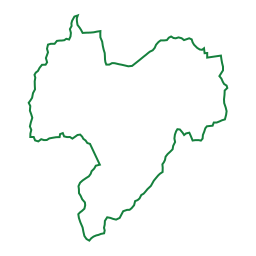 Massaranduba, Santa Catarina, Brazil (Robinson projection)
{"feature_id": "56859067B40963919376977", "entity_name": "Massaranduba", "entity_type": "district", "adm_level": 2, "iso_a3": "BRA", "parent_name": "Brazil", "parent_adm1": "Santa Catarina", "projection": "robinson", "projection_center": [-48.993, -26.644], "detail": "fine", "context": "isolated", "style": "outline", "palette": "green", "viewbox_px": 256, "rotation_deg": 0, "n_neighbors": 0, "source": "geoboundaries", "source_scale": "gbopen_adm2", "svg_char_len": 2892}
<svg xmlns="http://www.w3.org/2000/svg" viewBox="0 0 256 256"><path d="M89.3,240.6L91.2,238.3L93.5,236.6L96.3,235.4L98.5,234.9L101.0,233.9L104.1,233.3L104.7,230.4L104.0,227.8L104.7,224.7L104.9,220.9L107.2,217.3L110.4,217.9L113.1,218.9L116.1,219.6L119.7,217.9L121.4,214.6L123.2,211.2L127.0,209.9L129.6,209.8L131.6,208.2L134.1,205.2L135.1,201.1L137.6,200.1L139.5,198.5L141.3,195.0L143.6,193.7L145.2,191.9L147.5,189.1L150.9,185.9L153.8,180.7L156.1,177.9L158.2,175.4L160.0,173.7L162.6,172.0L162.7,167.6L162.4,164.3L163.9,162.2L165.0,159.9L165.6,156.7L167.6,154.1L170.1,151.8L172.6,149.3L173.2,145.8L175.1,142.0L174.4,138.5L174.9,134.7L176.1,131.3L177.4,129.2L179.9,129.5L182.6,132.7L184.1,135.0L186.1,133.4L189.3,132.7L191.0,136.5L192.6,140.5L195.5,140.1L198.6,140.1L200.9,140.6L202.6,138.6L202.9,135.0L204.3,131.5L205.3,128.3L206.9,126.3L209.6,126.0L212.6,125.7L213.8,122.5L216.8,122.5L219.8,121.3L221.9,120.3L224.9,119.4L226.1,114.8L226.6,111.2L225.7,107.5L224.2,103.1L224.0,99.4L224.5,94.9L224.7,90.5L227.3,88.0L226.6,85.6L224.1,84.0L222.8,81.8L221.4,78.6L219.4,76.1L221.5,72.7L223.0,70.4L223.0,66.7L222.1,63.1L221.4,59.2L220.9,55.6L207.2,57.6L207.2,53.0L204.6,53.2L204.0,48.3L202.1,49.8L199.8,49.5L197.2,47.9L194.0,44.7L192.6,42.3L191.7,39.4L189.2,38.3L186.6,39.2L184.0,40.1L181.6,38.2L178.5,37.4L175.7,38.3L173.5,38.0L171.1,36.5L168.8,37.7L166.9,40.1L164.2,40.4L160.7,40.4L158.5,42.0L156.1,44.7L154.7,47.9L152.7,50.3L149.8,51.7L147.9,53.2L146.0,54.8L143.7,56.6L141.5,58.4L139.3,60.2L136.4,62.5L132.1,65.9L128.3,66.3L124.6,65.4L121.5,64.7L119.3,64.3L117.2,63.8L114.7,63.2L112.1,63.1L109.3,64.6L106.3,64.6L105.4,62.1L105.0,59.4L104.9,56.2L104.7,53.0L103.7,49.8L102.8,45.9L102.2,41.7L100.4,37.4L100.3,33.9L100.4,31.1L97.0,31.6L93.7,32.3L90.2,32.6L86.4,32.7L82.6,32.9L81.1,30.0L79.7,27.8L77.5,24.9L76.9,21.1L76.8,18.3L77.8,15.4L74.4,16.6L72.1,20.8L71.4,23.4L71.6,26.0L69.9,29.1L70.9,32.9L70.5,36.5L69.1,39.5L66.3,38.8L64.3,40.2L62.0,40.5L59.3,40.6L56.9,40.9L54.6,43.8L50.8,43.8L48.0,44.6L47.0,48.8L48.0,52.3L47.1,54.8L45.9,58.1L47.1,62.3L45.6,64.7L42.0,64.8L39.6,67.8L37.9,71.0L35.8,72.6L34.5,74.8L35.3,77.7L34.7,81.3L34.8,85.6L35.0,89.4L33.0,93.1L32.1,97.8L30.3,100.6L28.7,102.8L30.3,106.0L29.9,110.7L31.2,114.2L32.3,117.8L30.9,122.2L29.9,126.4L31.3,129.9L30.4,133.5L30.3,137.0L33.7,137.0L35.1,140.4L38.3,141.4L41.2,139.2L44.0,140.1L46.8,140.0L49.3,138.4L52.5,137.8L56.1,137.2L59.6,137.1L60.1,134.1L62.8,133.1L64.1,136.4L67.1,137.1L69.9,137.0L72.4,138.6L74.7,137.0L77.5,135.0L80.2,134.6L82.2,136.7L83.3,138.8L85.6,140.5L87.3,143.0L90.0,143.9L99.8,164.7L95.8,165.7L94.2,168.6L91.6,171.2L90.7,173.8L88.9,176.3L86.2,178.0L82.7,180.4L80.1,182.7L78.5,186.2L78.9,189.1L79.0,193.2L80.6,195.7L82.2,199.3L84.9,202.4L85.2,205.2L84.4,208.7L81.9,211.0L80.0,212.4L78.3,214.2L78.9,217.9L80.4,222.4L82.6,227.5L83.4,231.8L84.4,236.0L86.5,239.0L89.3,240.6Z" fill="none" stroke="#15803d" stroke-width="2"/></svg>